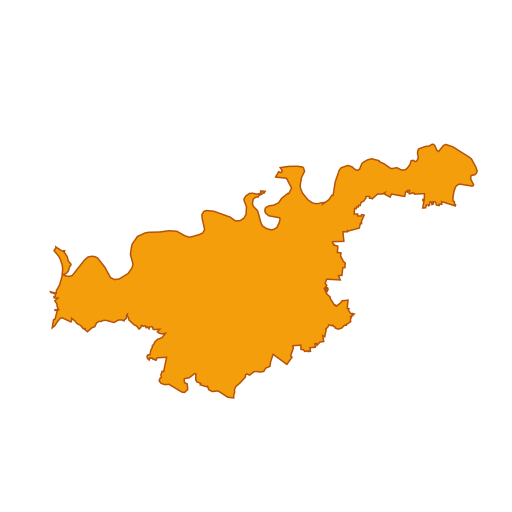 outline of Cosamaloapan de Carpio, Veracruz, Mexico, rotated 192°
{"feature_id": "50627088B77011733949691", "entity_name": "Cosamaloapan de Carpio", "entity_type": "district", "adm_level": 2, "iso_a3": "MEX", "parent_name": "Mexico", "parent_adm1": "Veracruz", "projection": "albers", "projection_center": [-95.972, 18.282], "detail": "fine", "context": "isolated", "style": "filled", "palette": "amber", "viewbox_px": 512, "rotation_deg": 192, "n_neighbors": 0, "source": "geoboundaries", "source_scale": "gbopen_adm2", "svg_char_len": 6127}
<svg xmlns="http://www.w3.org/2000/svg" viewBox="0 0 512 512"><g transform="rotate(192 256 256)"><path d="M155.4,374.8L162.8,375.2L166.5,373.5L170.2,370.4L171.7,368.3L172.8,362.3L174.7,360.8L177.4,361.4L180.7,363.2L185.0,363.7L191.0,360.0L192.4,357.3L193.9,345.0L193.2,331.4L194.3,331.3L196.6,326.0L201.4,320.8L201.2,322.3L207.2,319.8L210.9,319.5L212.7,320.0L216.8,321.7L223.6,327.2L226.5,331.3L227.5,334.5L227.8,342.2L226.1,349.0L228.0,352.3L229.5,352.7L234.1,352.4L242.5,350.5L250.7,347.5L248.0,344.8L249.0,342.7L251.4,343.2L253.2,337.3L242.4,338.4L235.3,329.8L236.8,324.3L237.1,323.7L237.8,323.9L242.9,317.8L244.9,312.8L249.2,309.4L253.4,307.9L256.2,305.8L256.9,304.5L256.7,301.7L255.5,299.9L251.8,298.0L240.8,298.3L240.1,296.7L240.2,293.4L241.5,288.2L244.0,285.8L246.5,284.7L251.5,285.0L256.1,286.8L257.9,289.2L263.8,300.5L269.0,304.1L270.3,306.1L270.6,310.5L270.1,311.8L268.3,313.5L266.0,314.3L265.6,315.9L263.2,317.6L261.8,319.6L261.2,319.3L260.5,321.2L265.0,320.6L264.7,319.7L264.1,319.9L265.2,317.4L265.4,317.9L267.6,316.7L272.4,316.7L275.4,315.8L278.3,312.8L279.6,309.5L279.2,307.7L275.6,302.3L274.4,294.8L275.6,290.7L278.8,287.3L283.5,286.0L289.1,288.6L304.1,290.7L306.6,291.0L314.0,290.2L316.3,288.7L317.5,285.3L316.6,281.8L311.8,271.4L312.8,267.5L315.7,265.3L323.9,260.9L325.9,260.5L329.8,261.0L338.5,263.7L346.1,262.7L355.0,259.5L366.2,256.8L369.4,255.4L376.0,250.5L379.6,241.9L379.7,239.0L379.2,231.5L374.6,222.4L374.8,218.6L377.6,212.1L385.0,205.1L389.6,203.5L393.9,204.7L401.6,213.7L410.5,221.1L413.4,221.9L416.6,221.6L420.2,220.0L422.8,216.6L431.6,198.8L434.7,197.1L438.2,197.0L440.9,197.6L438.2,199.3L436.4,202.3L436.1,206.5L435.1,208.8L435.4,209.7L438.5,212.0L440.6,216.2L444.4,219.9L444.2,221.4L445.3,221.3L445.7,220.5L447.5,220.8L453.7,223.3L453.4,222.3L454.7,219.3L449.1,214.9L447.0,212.5L443.7,207.0L442.4,202.9L441.5,195.9L442.1,186.8L444.1,180.5L443.6,178.0L449.6,178.3L449.2,177.7L444.5,177.3L443.9,175.0L445.2,174.3L444.6,173.0L441.0,173.6L443.5,170.3L440.8,167.8L440.1,165.4L438.2,162.6L441.4,161.6L441.2,161.0L438.3,161.9L439.1,160.6L439.4,152.6L440.8,151.6L440.4,143.4L438.2,146.1L436.9,149.9L434.4,154.5L432.7,155.2L423.3,153.0L423.0,154.5L423.4,156.8L419.4,154.7L417.1,152.7L413.1,151.6L409.8,148.9L408.2,149.4L408.3,148.6L405.2,146.9L401.3,151.9L399.0,153.3L398.0,157.5L395.8,159.5L394.0,159.7L391.9,161.3L389.3,161.9L381.1,161.4L377.2,164.8L374.1,165.5L371.6,165.1L371.6,166.1L369.8,168.0L370.3,171.4L369.7,172.3L369.6,170.7L368.1,169.5L366.8,166.8L360.6,163.2L358.3,162.8L355.3,160.2L354.0,161.8L353.5,164.4L351.7,163.8L350.0,164.7L348.5,163.0L347.5,164.2L345.6,162.6L345.4,164.3L343.8,165.2L342.2,164.9L341.5,163.0L340.5,162.8L334.9,164.4L336.8,161.5L335.0,160.4L331.6,160.2L328.5,161.6L331.0,156.5L335.1,154.0L337.4,150.3L337.3,149.0L338.8,146.6L338.4,145.3L339.3,141.9L339.2,137.4L341.1,136.9L341.8,135.2L340.7,133.1L338.9,132.1L338.9,134.1L337.5,134.0L337.0,134.7L335.4,134.2L335.2,133.5L332.8,133.9L332.8,133.2L332.1,133.2L331.6,135.9L322.4,138.3L322.3,123.8L323.9,123.7L324.3,119.7L323.3,117.8L324.5,116.3L324.8,113.7L322.3,111.7L318.4,111.2L314.5,112.4L300.0,107.4L297.5,107.7L295.1,111.1L295.3,112.3L296.8,116.7L299.5,117.2L300.6,120.0L300.3,121.2L296.0,123.0L291.6,128.2L290.3,128.2L289.2,122.2L287.6,120.6L283.5,119.8L283.8,118.4L276.4,117.8L276.2,118.3L274.4,115.4L270.8,114.3L265.0,116.1L254.3,112.0L248.3,112.5L248.9,115.6L248.5,118.0L249.3,121.2L248.5,124.3L245.0,128.8L241.2,135.4L241.5,137.5L240.5,138.8L237.5,138.1L234.1,142.2L232.3,143.0L227.3,143.5L224.4,144.7L223.2,148.3L219.4,151.0L219.7,155.8L218.8,163.4L203.3,156.4L199.7,164.5L201.4,165.5L200.3,173.6L201.4,175.9L193.6,178.1L192.6,174.0L190.0,174.1L188.5,172.8L185.2,174.0L185.0,173.4L182.9,174.1L184.1,177.5L179.0,179.1L180.1,182.5L178.6,183.0L177.8,181.3L175.6,185.1L172.0,186.4L174.1,192.0L172.0,191.3L172.0,198.5L172.7,199.2L171.1,201.0L170.3,203.9L167.7,203.5L166.7,204.3L165.4,203.2L164.2,203.2L163.5,202.0L160.5,201.5L157.2,203.3L155.0,206.8L153.2,207.0L153.2,207.9L149.7,211.5L150.5,213.3L149.9,216.1L150.8,216.3L149.5,217.9L148.9,217.9L149.1,218.5L147.9,219.6L149.7,219.9L150.2,219.2L152.2,220.1L154.5,222.4L154.0,223.7L155.9,223.9L156.9,232.8L156.8,231.9L162.5,230.1L163.6,227.6L167.1,223.6L168.0,224.6L168.8,224.0L174.4,229.7L175.0,231.3L179.6,234.1L178.4,238.9L180.2,235.7L181.1,236.2L179.1,239.5L180.1,240.0L181.5,237.4L182.4,238.2L180.7,242.1L182.7,243.7L182.0,248.0L168.6,250.1L171.3,254.0L167.9,254.9L168.7,262.6L166.6,263.1L167.3,267.7L170.0,269.2L170.8,270.9L171.9,271.7L173.2,273.6L173.6,276.8L177.1,276.3L178.0,282.7L182.0,282.8L181.8,283.4L183.9,284.5L184.0,285.9L173.1,288.6L176.0,297.7L171.6,298.7L171.7,299.7L171.3,299.4L160.8,304.8L160.6,310.4L160.3,309.5L159.4,309.6L160.1,311.9L158.7,318.5L161.4,318.4L161.6,316.8L163.4,316.6L165.0,316.4L165.2,318.1L168.7,317.5L169.4,323.0L167.7,323.2L167.9,324.9L166.2,325.2L166.4,326.7L164.7,326.9L164.3,330.4L162.2,331.9L160.5,335.4L160.8,337.1L157.4,337.8L157.0,336.1L154.8,336.5L154.2,336.1L150.0,341.9L145.2,342.9L142.9,345.0L143.2,343.3L137.0,341.5L136.4,344.8L122.9,345.1L122.9,349.7L121.8,351.0L120.8,349.4L121.2,351.7L119.4,352.1L119.3,348.9L117.6,349.0L116.5,350.2L114.2,350.2L113.9,349.5L104.2,352.0L103.2,346.5L104.6,346.0L104.3,344.9L103.2,345.2L102.9,337.6L100.1,338.4L100.0,341.3L97.8,341.9L97.6,341.1L96.8,341.7L97.2,345.0L95.6,345.3L94.6,342.9L93.9,343.2L94.1,343.7L93.3,344.0L94.1,345.8L93.3,346.2L91.5,346.0L90.1,343.3L89.1,343.3L87.3,343.5L87.6,344.6L85.0,345.3L85.8,347.8L71.4,346.4L71.5,347.8L72.7,348.0L73.2,350.3L74.7,351.0L75.4,353.3L75.8,359.7L75.3,364.5L74.3,366.8L71.8,368.7L59.1,369.3L58.3,369.8L57.9,370.8L61.9,375.8L62.4,378.6L62.2,379.5L58.9,380.9L57.6,382.9L57.3,385.1L59.7,389.0L65.4,395.7L67.7,396.9L86.1,403.7L93.5,404.6L95.6,403.1L99.2,396.1L101.3,397.2L104.1,401.3L105.7,402.2L107.6,401.5L109.1,399.7L113.2,398.3L119.0,394.7L119.6,393.3L119.4,390.0L118.0,386.9L117.8,384.8L118.6,382.2L119.9,381.5L122.3,382.3L124.1,381.3L124.3,377.9L125.7,374.6L126.8,372.5L128.9,370.8L132.3,370.5L136.5,371.7L141.1,369.8L142.7,369.8L150.2,372.9L155.1,374.0L155.4,374.8Z" fill="#f59e0b" stroke="#b45309" stroke-width="1.5"/></g></svg>